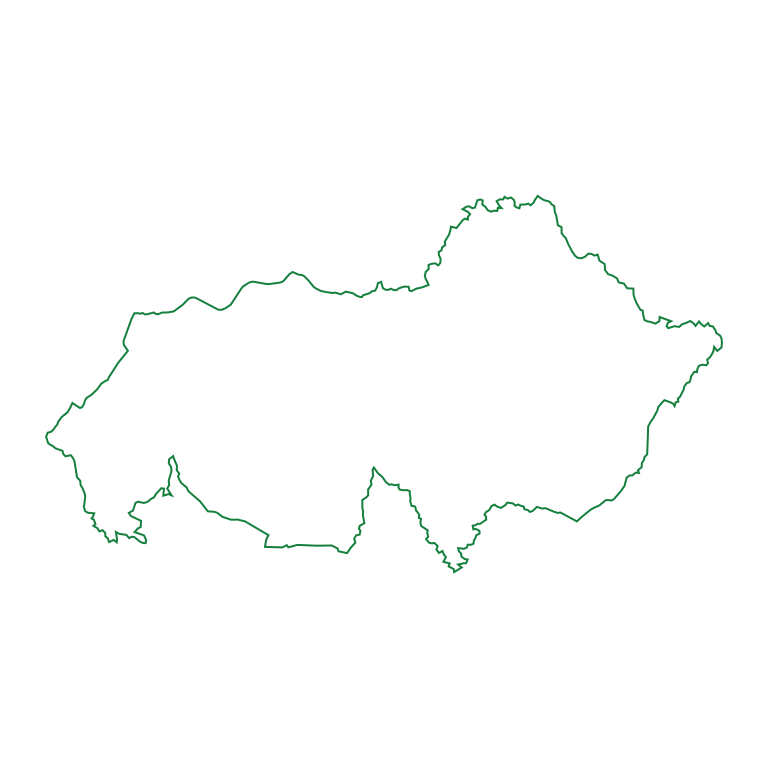 the district of Tupanciretã, Rio Grande do Sul, Brazil
{"feature_id": "56859067B7192877015433", "entity_name": "Tupanciretã", "entity_type": "district", "adm_level": 2, "iso_a3": "BRA", "parent_name": "Brazil", "parent_adm1": "Rio Grande do Sul", "projection": "robinson", "projection_center": [-54.006, -29.009], "detail": "fine", "context": "isolated", "style": "outline", "palette": "green", "viewbox_px": 768, "rotation_deg": 0, "n_neighbors": 0, "source": "geoboundaries", "source_scale": "gbopen_adm2", "svg_char_len": 6082}
<svg xmlns="http://www.w3.org/2000/svg" viewBox="0 0 768 768"><path d="M462.6,209.1L468.5,212.3L470.1,214.2L468.0,216.7L467.8,219.6L465.2,218.6L463.0,219.9L456.5,228.0L451.0,226.7L450.3,230.5L449.0,234.8L444.8,241.5L445.2,245.1L442.1,247.3L441.5,250.4L438.7,251.9L439.0,255.3L440.6,258.9L440.3,262.9L438.2,265.4L435.2,263.3L431.3,263.9L428.6,264.9L428.7,268.9L425.8,271.8L424.8,275.4L425.7,279.0L427.4,282.0L428.6,285.0L421.9,287.4L416.3,288.7L411.5,291.1L409.4,290.5L408.7,286.8L404.1,286.6L398.9,288.3L396.3,290.2L393.8,290.1L390.9,288.7L388.2,289.9L385.5,289.7L382.9,288.1L381.1,281.9L377.9,283.1L377.0,287.1L375.2,290.6L372.1,291.2L369.3,293.3L363.2,295.2L361.8,297.2L358.7,296.6L355.6,295.1L353.3,293.4L345.8,291.6L340.9,294.3L335.2,292.6L332.7,293.0L326.2,292.1L320.8,290.9L315.8,288.4L313.8,287.0L308.6,280.6L304.5,276.4L301.9,275.0L298.5,274.6L292.6,272.0L289.4,274.2L283.3,281.2L280.0,282.6L268.9,284.1L265.9,283.9L253.3,281.7L251.2,281.9L248.7,282.8L243.1,286.4L241.5,288.3L230.8,304.6L225.5,308.2L221.8,309.8L218.3,309.7L196.6,298.3L194.5,297.5L191.5,297.5L188.6,298.7L182.9,304.6L173.7,311.4L168.1,312.4L161.8,312.6L158.5,314.1L155.8,314.0L153.9,312.5L147.3,314.2L144.8,314.4L142.6,313.0L140.2,313.7L138.0,313.2L134.4,313.3L131.6,318.7L123.5,341.2L123.8,344.8L127.9,350.8L118.2,362.8L108.8,377.4L107.8,379.9L105.2,381.1L101.4,383.5L97.1,389.4L91.6,394.7L86.6,397.9L85.1,400.3L83.9,404.0L82.1,407.2L79.9,408.0L72.4,403.0L70.2,407.7L67.5,412.3L61.7,417.0L58.2,421.8L57.1,424.9L55.4,426.6L53.7,429.2L51.5,431.6L47.7,432.7L46.1,436.7L48.1,443.0L50.2,444.7L52.9,446.1L55.4,448.3L62.4,450.8L63.5,454.3L65.5,456.3L70.8,455.2L73.2,458.3L74.5,461.5L77.0,477.2L80.2,480.7L80.7,485.4L82.4,487.8L85.0,494.5L85.2,497.1L83.9,507.2L85.2,511.2L88.0,512.8L94.2,513.3L93.0,516.6L91.6,518.5L93.8,519.6L95.5,524.2L93.4,525.9L97.3,528.1L99.4,531.4L102.5,530.2L105.2,532.9L105.4,536.4L107.8,538.3L109.1,542.1L113.7,539.9L116.7,542.3L117.0,539.5L115.9,532.0L119.1,533.8L126.4,534.9L129.2,538.2L131.6,536.7L134.3,537.1L140.1,541.7L142.9,543.0L145.6,543.1L146.2,540.2L144.0,535.4L134.6,532.1L138.0,528.3L140.7,527.1L141.0,520.8L131.0,516.1L128.8,512.9L132.9,510.6L135.5,503.0L138.1,501.7L143.8,503.0L147.3,502.0L151.3,498.7L154.0,497.4L156.1,493.8L161.4,488.2L164.0,488.7L163.3,495.7L168.6,494.1L171.6,495.4L167.2,488.5L169.2,485.2L168.7,480.7L171.5,471.1L171.1,467.1L168.8,463.4L169.1,459.3L173.2,456.1L174.1,459.1L177.0,465.8L176.7,470.2L179.3,473.7L178.0,476.3L179.4,479.9L181.5,483.2L186.6,487.4L188.5,491.3L200.2,501.5L207.8,511.3L214.5,511.8L217.4,512.9L222.4,516.8L231.1,519.7L237.8,519.6L245.1,521.4L268.5,535.2L266.2,539.6L265.0,546.9L282.3,547.4L286.8,545.2L288.3,547.3L297.5,544.9L316.6,545.7L331.8,545.5L337.6,548.5L338.5,551.3L347.0,553.1L351.1,547.3L355.3,542.7L354.2,538.8L356.0,535.4L359.7,534.6L360.4,530.7L358.9,528.8L359.8,525.7L364.4,523.2L362.9,515.3L363.1,511.2L362.4,508.3L362.3,500.0L366.4,497.3L368.2,495.3L368.1,489.5L371.5,484.6L370.8,480.6L373.1,476.3L372.6,469.7L373.9,467.5L377.9,473.2L382.3,476.9L386.0,482.2L389.3,484.8L391.6,484.3L394.2,485.2L398.6,484.7L398.5,487.4L399.6,489.6L404.0,490.3L406.9,490.0L409.8,491.3L409.8,494.3L410.5,497.9L410.3,501.6L411.6,505.9L415.2,506.5L416.1,510.6L417.9,512.6L419.3,515.1L418.8,517.9L421.0,518.8L420.4,522.5L421.2,526.0L427.7,530.3L427.2,533.0L428.2,536.7L426.1,539.1L429.1,542.7L432.0,543.4L434.2,542.9L437.7,546.0L436.4,549.4L439.0,553.0L442.5,551.0L443.9,554.5L445.9,557.0L443.4,561.8L449.6,563.4L448.6,566.4L453.7,569.0L454.2,572.1L461.7,567.5L458.1,564.5L463.5,563.3L466.1,563.2L467.7,559.5L465.0,559.1L461.4,556.6L461.1,553.5L458.9,551.3L458.2,548.1L463.9,548.8L466.8,547.6L467.7,544.7L470.7,544.8L473.5,543.7L473.9,540.5L475.3,538.2L476.3,535.3L479.6,533.5L479.4,530.8L475.5,528.8L473.4,529.4L472.7,525.7L475.4,525.2L477.7,523.8L480.0,523.9L486.2,519.6L486.1,516.7L484.5,514.7L485.9,512.2L489.2,510.1L491.4,506.2L494.5,504.6L496.9,506.5L500.9,507.9L505.4,505.1L507.3,502.6L512.8,503.4L515.6,505.6L518.2,504.5L520.8,505.8L523.6,506.5L524.5,509.2L528.1,510.2L529.7,511.9L532.5,511.1L536.9,506.9L542.3,508.6L545.5,508.1L553.4,511.5L557.6,512.9L560.4,512.5L576.9,521.4L581.5,517.1L590.5,509.8L593.6,508.0L599.2,505.5L605.8,500.2L608.7,500.0L611.2,500.6L613.7,499.4L620.4,491.7L624.5,486.0L626.6,477.7L629.5,475.5L632.5,475.4L634.3,473.6L636.5,472.5L638.9,473.0L638.0,470.3L641.6,467.2L641.9,463.1L644.0,459.7L644.4,457.2L647.2,454.3L648.2,426.3L650.7,421.7L653.0,418.6L657.4,410.5L658.1,407.3L661.0,403.7L664.4,400.2L670.5,402.3L673.3,403.9L674.6,406.1L675.7,402.3L678.3,401.7L677.9,398.5L679.9,396.9L683.6,389.8L684.2,386.6L686.8,383.0L689.4,382.3L690.4,379.9L691.1,376.4L694.4,371.7L697.0,372.1L697.3,369.3L698.9,365.8L702.6,364.7L706.3,365.3L708.0,363.2L707.2,359.7L710.1,357.0L712.2,353.7L713.4,351.2L714.1,346.9L717.3,350.9L721.4,347.6L721.9,343.5L721.7,339.1L720.1,335.6L716.3,333.0L715.2,329.8L712.7,326.3L709.8,326.0L708.1,323.1L704.3,326.5L700.9,323.9L699.1,321.4L695.5,325.9L693.9,323.7L690.3,321.0L685.4,323.2L682.0,324.3L679.2,326.9L674.3,326.2L668.3,328.2L666.6,326.0L668.0,322.7L671.1,321.2L659.6,317.0L659.4,321.2L655.4,323.6L650.0,321.8L647.5,321.4L644.4,320.0L643.0,313.8L642.7,310.6L640.5,309.9L639.2,307.8L636.2,302.4L633.7,295.6L633.3,288.6L627.2,288.3L623.9,283.5L618.8,282.5L617.0,278.4L612.5,275.6L608.2,274.2L605.0,270.0L604.7,264.1L599.5,260.7L597.6,254.6L594.4,255.6L591.7,254.0L588.5,253.6L584.9,256.8L581.3,258.3L577.7,257.8L575.1,255.8L572.1,251.5L568.2,244.0L565.7,237.8L563.9,236.4L561.6,233.1L561.6,227.2L557.9,225.3L556.2,215.2L554.9,212.4L554.2,206.1L551.6,204.4L549.9,202.0L547.6,201.0L544.8,200.4L542.1,199.1L537.7,195.9L535.1,199.7L533.4,202.9L530.6,205.3L528.3,203.6L525.3,204.5L520.4,204.6L519.4,208.3L516.7,207.5L514.5,205.9L514.7,202.3L513.7,199.7L510.8,197.5L507.6,198.6L504.5,196.8L503.3,199.4L499.6,199.4L496.6,201.2L499.0,205.3L501.5,208.1L497.9,207.8L497.2,210.9L494.3,210.7L491.0,211.6L487.7,210.2L485.4,206.8L482.3,204.6L482.7,200.4L480.4,199.5L477.5,200.2L474.9,207.6L472.3,208.2L468.9,206.2L466.4,206.8L462.6,209.1Z" fill="none" stroke="#15803d" stroke-width="2"/></svg>